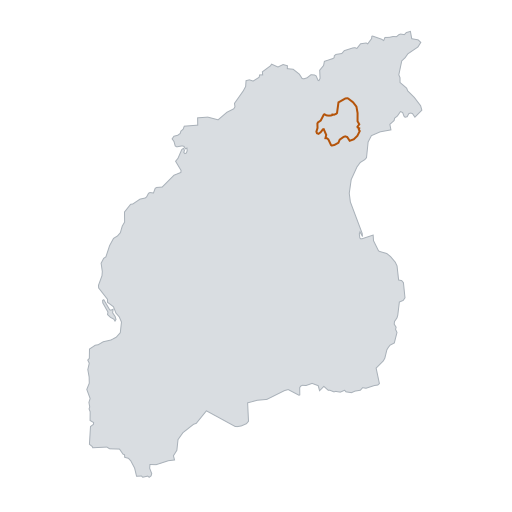 Zanjan highlighted on a map of Iran, rotated 86°
{"feature_id": "IRN-3234", "entity_name": "Zanjan", "entity_type": "Province", "adm_level": 1, "iso_a3": "IRN", "parent_name": "Iran", "parent_adm1": "", "projection": "orthographic", "projection_center": [48.438, 36.394], "detail": "coarse", "context": "in_parent", "style": "outline", "palette": "amber", "viewbox_px": 512, "rotation_deg": 86, "n_neighbors": 0, "source": "natural_earth", "source_scale": "10m", "svg_char_len": 4335}
<svg xmlns="http://www.w3.org/2000/svg" viewBox="0 0 512 512"><g transform="rotate(86 256 256)"><path d="M243.3,137.7L249.0,137.7L259.2,133.5L260.0,132.6L262.7,125.3L266.0,121.8L271.9,117.5L275.8,116.0L289.9,115.4L290.7,112.4L292.9,110.8L308.1,110.3L310.6,112.3L311.9,116.2L324.9,118.7L327.6,119.7L331.0,122.4L333.6,122.9L336.8,121.2L338.9,121.9L342.1,120.7L352.4,124.1L354.3,128.5L356.3,130.3L358.7,132.0L366.9,134.6L369.5,136.3L376.2,144.0L391.9,141.8L393.2,143.5L393.5,147.1L395.6,155.5L394.8,158.8L397.2,161.3L397.7,166.7L399.0,170.3L397.8,175.7L396.1,177.0L397.7,181.4L396.6,186.1L397.0,187.7L395.0,191.8L395.0,193.3L390.8,197.4L394.8,202.0L389.7,203.0L387.0,208.9L388.7,215.2L388.2,218.7L388.9,220.5L390.4,221.6L397.6,222.0L397.9,222.8L391.5,233.2L392.2,236.8L399.8,255.2L400.0,264.9L401.9,274.6L420.3,275.0L422.6,277.2L424.5,282.5L424.9,286.5L424.6,288.7L407.0,316.3L418.8,327.3L419.5,330.0L427.1,341.2L433.7,346.6L444.3,348.5L449.5,352.3L453.8,351.5L454.1,357.7L457.2,370.2L456.6,376.3L460.3,376.9L465.8,375.2L468.0,376.0L469.3,378.0L468.0,379.4L468.8,384.4L467.5,385.6L467.4,390.5L459.1,391.9L451.6,395.2L448.9,397.4L447.7,401.0L445.1,401.0L444.4,402.5L439.1,405.6L438.1,415.5L436.2,418.1L435.9,432.2L434.7,432.6L432.2,435.3L414.6,433.0L412.6,429.9L410.8,429.6L408.5,433.0L399.8,432.3L396.9,433.2L395.0,432.4L390.4,432.9L386.6,431.4L377.3,434.1L371.3,431.2L365.1,430.9L357.6,431.7L351.3,429.8L348.1,431.1L346.5,429.4L337.2,428.6L333.8,422.6L333.5,419.6L330.9,414.4L329.7,406.6L327.2,401.0L323.0,396.7L312.5,394.8L307.1,396.7L303.2,399.7L296.7,401.7L291.8,407.4L288.8,407.2L276.9,415.2L274.3,415.2L264.9,411.0L260.8,410.4L252.4,411.0L247.7,408.1L246.4,405.8L235.4,401.3L228.5,396.9L226.3,392.7L223.3,389.7L216.8,387.3L213.0,384.7L202.9,384.1L195.7,377.5L195.5,375.2L191.2,367.8L190.4,362.4L189.4,361.0L185.9,358.8L185.3,357.3L186.0,353.9L181.4,351.8L180.7,350.2L180.7,344.8L169.7,332.2L167.4,325.1L165.4,324.8L155.9,329.6L153.1,327.0L144.6,322.6L143.5,320.8L145.6,320.0L147.7,320.8L148.9,319.8L148.4,318.3L146.3,317.3L143.5,317.4L144.2,318.9L141.6,320.2L141.0,322.0L141.6,327.4L140.6,328.9L136.1,329.8L133.3,331.5L130.8,329.5L130.1,325.6L128.5,323.1L126.2,322.2L124.4,319.8L121.5,318.5L121.4,305.0L114.1,304.6L114.1,294.4L117.5,284.3L110.6,275.0L107.6,267.9L105.7,266.6L102.2,266.8L90.3,257.1L86.2,254.5L80.4,253.7L79.8,250.3L81.3,246.7L78.7,241.8L77.9,240.4L75.6,239.7L75.8,236.7L72.7,236.8L67.3,228.3L65.7,227.1L69.0,220.9L66.9,215.6L68.4,211.4L71.3,211.7L72.3,205.9L77.6,200.1L82.2,197.6L82.6,195.9L81.8,192.6L79.0,188.5L79.5,185.1L80.5,183.5L85.2,181.8L85.5,181.0L83.3,179.7L75.1,179.5L70.7,175.3L66.6,174.2L64.3,165.3L63.6,164.2L61.7,163.9L60.5,162.2L60.0,156.3L57.3,153.6L55.2,144.9L55.1,142.7L56.0,140.9L51.6,136.9L51.2,131.2L52.2,129.8L47.2,125.5L44.9,125.1L44.7,124.4L48.5,115.6L50.0,113.6L47.0,112.1L47.2,107.7L46.6,104.0L47.0,100.5L45.1,97.9L44.7,96.3L45.5,92.5L43.6,90.5L42.7,86.3L50.1,85.5L51.7,79.2L54.4,76.7L58.8,79.9L64.9,90.4L68.7,93.5L71.5,97.0L85.2,100.9L88.2,99.9L93.0,100.2L99.1,94.0L101.8,93.2L108.9,87.0L117.6,81.3L122.1,80.4L128.6,87.8L124.8,90.0L124.2,91.8L124.6,93.6L127.6,95.5L128.0,97.6L126.9,98.6L123.1,99.7L122.0,101.8L126.2,105.2L128.2,108.1L130.5,108.8L134.0,113.3L139.6,112.6L140.8,123.5L144.0,132.5L150.1,136.2L165.6,138.9L167.4,140.7L170.0,145.5L174.1,149.0L186.4,155.7L199.9,158.6L208.7,158.1L240.9,148.5L244.0,148.4L239.2,150.6L241.1,151.4L245.2,151.2L246.2,150.3L246.2,149.0L243.3,137.7ZM309.1,402.2L307.1,405.4L304.1,408.2L301.6,407.6L292.1,412.1L289.5,412.1L289.0,410.9L299.5,405.7L299.9,404.5L299.2,402.3L302.7,403.0L306.4,400.8L309.5,400.1L311.1,401.2L309.1,402.2Z" fill="#d9dde1" stroke="#a8b0b8" stroke-width="1"/><path d="M138.6,143.8L143.2,146.5L146.4,150.3L147.6,154.5L143.7,156.7L142.9,158.6L143.3,160.3L145.8,164.4L148.8,165.9L150.7,170.0L151.1,172.7L150.6,173.4L144.7,175.7L143.4,177.2L143.3,178.5L140.1,177.5L134.2,179.6L134.3,180.4L137.0,182.8L138.5,185.1L137.8,186.6L136.2,187.1L132.6,185.7L128.1,185.5L127.1,184.9L125.4,182.0L119.7,178.5L119.4,177.8L120.6,176.0L121.0,174.1L121.1,171.5L120.7,170.0L120.2,169.9L120.5,168.2L119.7,166.0L119.0,165.2L108.5,163.0L105.1,155.9L105.0,153.8L105.4,153.0L109.5,148.4L114.0,145.4L120.5,144.7L128.7,145.3L131.8,143.8L134.2,145.8L134.9,145.6L135.8,144.1L137.1,144.6L138.6,143.8Z" fill="none" stroke="#b45309" stroke-width="2"/></g></svg>